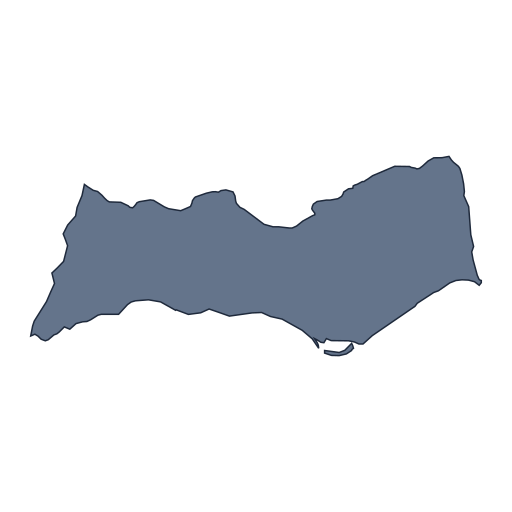 Faro, Mercator projection
{"feature_id": "PRT-745", "entity_name": "Faro", "entity_type": "District", "adm_level": 1, "iso_a3": "PRT", "parent_name": "Portugal", "parent_adm1": "", "projection": "mercator", "projection_center": [-8.165, 37.247], "detail": "fine", "context": "isolated", "style": "filled", "palette": "slate", "viewbox_px": 512, "rotation_deg": 0, "n_neighbors": 0, "source": "natural_earth", "source_scale": "10m", "svg_char_len": 2401}
<svg xmlns="http://www.w3.org/2000/svg" viewBox="0 0 512 512"><path d="M449.0,156.4L451.4,160.0L453.5,162.3L458.4,166.3L459.9,168.5L461.9,175.1L463.6,183.8L464.4,191.6L463.8,195.6L468.7,206.7L470.8,234.8L473.6,246.5L471.7,251.9L473.1,259.9L477.3,275.4L478.1,277.1L478.7,278.6L479.5,279.8L481.3,280.5L481.3,282.7L479.2,285.3L474.5,281.7L468.5,280.1L462.0,279.8L455.9,280.5L449.8,282.9L438.4,290.8L433.7,292.5L417.2,303.3L415.0,306.3L372.3,335.6L363.0,344.0L358.9,344.0L354.5,342.0L348.6,340.8L331.2,340.6L326.4,338.6L323.9,342.7L320.9,342.3L317.3,340.0L314.6,338.6L317.4,343.0L318.3,345.2L318.7,348.3L312.3,338.9L302.2,330.3L282.1,319.1L270.5,316.5L261.6,312.5L252.1,312.9L229.4,316.1L219.8,312.7L209.1,309.0L200.7,312.8L188.4,314.4L176.1,309.8L175.6,310.3L160.6,301.9L148.5,299.8L135.4,300.8L131.2,302.0L127.5,304.6L118.6,314.3L101.3,314.3L97.9,315.2L90.6,319.8L86.9,321.5L82.7,321.8L76.0,323.6L69.8,329.2L64.3,326.9L59.2,332.0L56.9,333.8L53.9,334.9L48.3,339.7L45.3,340.8L41.1,339.2L38.0,336.1L34.9,334.2L30.7,336.0L32.6,326.1L34.2,321.2L35.5,319.1L46.5,301.6L50.7,291.9L54.5,283.5L51.9,273.0L57.0,268.2L63.6,261.4L67.6,245.7L65.4,239.5L63.2,233.9L67.7,225.0L75.6,216.0L77.1,207.4L82.0,195.6L84.4,184.4L87.7,186.8L93.2,190.3L97.6,191.5L102.0,195.3L104.5,198.1L107.1,200.6L109.3,201.9L120.8,202.3L128.2,205.8L129.8,207.3L132.6,207.8L134.1,206.5L135.6,204.7L137.0,202.7L139.3,201.7L150.2,199.9L153.6,200.4L164.4,206.9L168.6,208.7L180.7,210.7L185.7,208.6L190.5,206.5L191.9,203.2L192.5,200.6L194.3,198.0L195.4,197.0L206.3,193.2L212.3,191.8L215.5,191.7L218.4,192.2L221.0,190.6L225.9,189.9L233.0,191.9L235.0,196.0L235.7,201.1L236.4,203.3L239.9,207.3L244.2,209.4L264.0,224.3L273.0,226.8L278.6,226.8L289.2,228.0L292.2,228.0L296.5,226.1L302.9,221.0L312.7,215.6L314.8,214.8L314.8,213.2L312.6,210.3L311.8,208.8L312.3,206.5L313.4,204.1L317.1,201.5L326.3,200.1L330.1,200.1L337.9,198.7L341.6,196.4L343.0,194.1L343.7,192.0L348.5,188.8L352.8,188.3L353.2,185.9L354.9,185.0L357.2,184.3L362.3,181.6L364.1,181.5L365.7,180.3L367.6,179.2L372.6,175.7L394.7,166.3L409.5,166.5L411.2,167.4L415.1,168.1L416.9,168.9L419.4,168.4L422.5,166.1L428.1,161.0L433.8,157.8L442.0,157.7L449.0,156.4L449.0,156.4ZM324.6,350.5L339.2,352.5L344.8,350.3L351.6,343.4L352.2,344.5L352.7,345.6L353.5,348.3L351.9,349.5L351.6,350.5L346.4,353.9L339.2,355.6L331.5,355.4L324.6,353.1L324.6,350.5Z" fill="#64748b" stroke="#1e293b" stroke-width="1.5"/></svg>